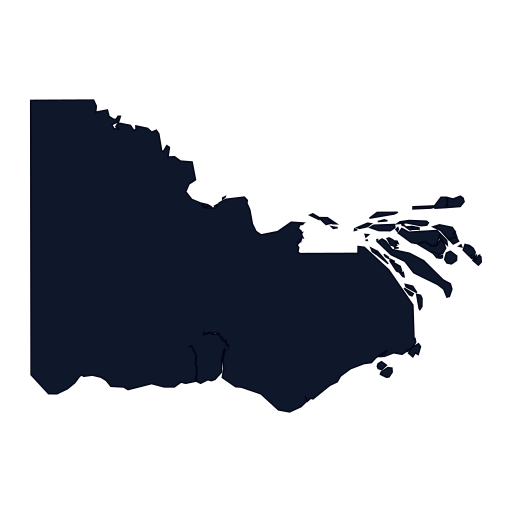 South Fly District, Western, Papua New Guinea
{"feature_id": "67681753B32450151371022", "entity_name": "South Fly District", "entity_type": "district", "adm_level": 2, "iso_a3": "PNG", "parent_name": "Papua New Guinea", "parent_adm1": "Western", "projection": "natural_earth1", "projection_center": [142.961, -8.494], "detail": "fine", "context": "isolated", "style": "filled", "palette": "ink", "viewbox_px": 512, "rotation_deg": 0, "n_neighbors": 0, "source": "geoboundaries", "source_scale": "gbopen_adm2", "svg_char_len": 6169}
<svg xmlns="http://www.w3.org/2000/svg" viewBox="0 0 512 512"><path d="M298.2,228.6L299.9,224.9L298.9,225.3L303.4,223.0L291.2,222.2L277.7,231.6L261.1,234.9L256.0,231.4L252.4,224.0L249.8,209.8L246.9,203.2L247.3,200.3L244.3,197.1L225.9,199.3L219.4,202.8L215.7,207.9L206.4,208.0L203.7,207.2L202.8,206.3L201.5,203.4L191.7,199.4L185.7,191.7L189.0,184.0L195.5,179.8L192.1,162.0L180.5,161.1L174.5,156.7L168.0,157.1L169.4,147.4L166.8,145.6L163.4,151.5L161.7,151.0L158.8,133.8L156.3,130.2L151.7,132.2L147.6,128.4L135.9,125.9L136.0,129.3L133.9,130.6L130.4,125.4L118.1,123.0L115.8,126.8L120.1,129.3L114.0,128.7L111.8,124.7L118.8,121.3L120.4,116.3L118.2,116.2L115.9,119.5L113.6,119.3L109.0,116.4L107.4,110.0L95.7,112.2L96.3,106.1L93.6,100.1L30.7,100.4L31.1,374.8L48.6,393.7L57.0,393.8L67.5,388.7L74.7,382.8L79.8,376.0L82.4,374.9L83.5,376.3L92.3,375.1L101.0,377.2L106.3,380.5L110.9,386.3L123.7,387.0L128.0,389.6L151.6,383.6L164.1,386.9L174.4,386.9L181.0,382.1L185.7,383.3L195.3,381.3L196.7,367.7L195.2,364.7L195.9,355.7L191.6,346.3L188.7,347.1L191.6,345.5L196.4,355.1L196.0,364.5L197.2,367.3L196.4,381.2L200.6,383.3L207.8,379.7L211.4,380.7L215.0,379.4L221.5,372.1L221.7,359.4L223.6,350.2L227.8,345.7L225.7,344.1L225.2,341.2L222.5,340.8L218.8,334.4L212.5,334.4L209.8,333.1L203.9,334.7L203.2,331.6L204.6,333.9L210.2,332.1L212.2,333.4L215.4,332.6L219.5,333.6L220.4,336.3L222.8,337.8L223.0,340.4L225.8,340.2L226.3,343.4L228.8,345.5L227.6,348.7L225.1,350.1L223.0,359.9L223.8,368.7L222.3,377.5L235.6,386.7L241.3,387.1L260.9,393.8L278.5,409.9L289.6,411.9L301.1,406.6L306.5,401.3L305.2,395.8L307.3,401.3L310.7,398.2L313.0,398.9L329.7,385.4L337.2,381.8L340.5,376.1L350.5,368.7L363.9,363.6L371.4,362.6L375.8,357.8L387.3,349.9L385.8,352.8L378.6,356.7L384.5,356.3L393.6,352.8L402.1,354.3L406.5,351.3L406.8,349.6L407.7,351.2L413.6,345.7L415.7,342.1L415.0,338.5L414.0,338.9L412.9,305.1L388.7,269.8L364.3,247.3L358.1,246.5L358.0,253.4L300.3,253.6L297.9,252.3L298.7,247.5L297.0,245.0L298.9,242.9L298.0,242.1L300.5,241.8L299.3,238.6L301.0,240.3L302.0,237.3L303.0,237.7L301.4,234.1L302.3,232.6L300.9,232.9L301.2,231.2L298.2,228.6ZM409.6,253.3L392.0,249.5L385.6,241.1L382.0,239.0L377.6,241.8L391.1,254.7L404.9,261.3L413.8,272.8L437.7,284.5L443.7,289.1L446.9,297.1L449.4,296.4L451.9,289.1L450.3,283.8L443.1,279.9L423.7,260.7L409.6,253.3ZM408.8,232.2L401.9,228.4L398.4,233.1L411.4,242.6L417.8,243.7L425.2,241.3L432.3,245.9L436.6,244.4L440.1,233.6L437.0,230.5L408.8,232.2ZM443.5,242.5L440.3,239.6L437.2,245.1L433.9,246.5L429.9,245.6L425.0,241.8L418.5,244.5L433.3,253.5L436.7,257.6L440.4,258.2L442.4,257.6L442.5,255.5L439.1,256.2L438.7,254.0L430.9,251.0L440.0,254.3L442.6,253.5L445.7,248.2L443.5,242.5ZM452.2,227.4L439.5,224.8L433.0,226.8L440.6,230.4L448.9,239.8L452.5,237.3L456.8,237.1L455.5,233.5L454.7,234.3L453.0,233.8L455.4,231.9L452.2,227.4ZM446.9,197.4L447.8,201.7L446.9,207.5L460.2,206.5L464.1,201.7L463.0,198.0L460.3,196.2L453.0,199.0L446.9,197.4ZM394.5,224.5L373.8,225.2L369.9,227.5L378.9,230.6L390.2,230.7L394.9,227.6L394.5,224.5ZM456.7,256.0L450.4,251.2L446.4,253.1L444.7,259.5L447.0,263.0L451.5,263.9L456.5,260.4L456.7,256.0ZM434.9,205.4L435.0,208.2L445.8,207.6L447.4,201.3L446.5,197.3L441.0,197.3L434.9,205.4ZM409.1,220.5L399.9,221.8L397.2,223.7L406.4,222.8L421.1,225.7L426.7,225.2L428.4,222.8L426.6,221.2L409.1,220.5ZM469.2,246.3L465.1,244.4L463.2,250.0L469.1,255.9L471.3,255.6L470.2,256.9L471.6,258.4L474.6,256.3L475.1,252.0L473.2,248.3L469.5,245.5L468.4,245.2L469.2,246.3ZM418.2,354.5L420.5,346.6L418.5,343.7L411.1,348.5L408.6,353.2L412.8,356.8L415.2,352.9L418.2,354.5ZM309.8,215.1L318.8,219.4L318.7,217.5L326.0,224.5L331.8,223.1L327.6,217.7L319.1,217.6L312.9,213.8L309.8,215.1ZM391.9,368.1L387.8,367.6L381.1,372.1L380.4,374.3L386.5,377.3L389.0,376.9L392.2,372.1L391.9,368.1ZM369.5,218.2L394.1,214.0L397.7,212.3L377.2,212.4L369.5,218.2ZM416.7,294.4L419.2,308.7L419.9,309.6L421.9,306.5L422.0,298.4L420.5,295.3L416.7,294.4ZM400.4,272.6L401.6,270.9L400.2,266.3L389.6,260.4L396.5,271.0L400.4,272.6ZM480.3,257.9L479.7,255.1L478.4,255.7L475.7,261.4L476.2,256.1L474.1,259.1L473.7,257.6L472.9,260.4L478.4,265.1L481.3,262.0L480.8,256.2L480.3,257.9ZM381.6,369.7L386.4,365.2L381.5,361.7L378.2,363.7L377.3,366.2L378.2,368.5L381.6,369.7ZM394.7,246.4L396.7,245.3L392.9,239.9L389.1,237.9L387.1,238.5L390.5,244.9L394.7,246.4ZM453.2,244.0L458.6,241.2L456.6,237.8L453.4,237.4L449.7,240.2L453.2,244.0ZM359.5,228.4L367.4,226.6L371.2,223.7L367.5,223.2L357.1,227.6L359.5,228.4ZM412.9,208.9L430.8,208.1L433.2,207.5L434.1,206.8L434.5,205.9L413.0,206.8L412.9,208.9ZM447.3,245.0L446.7,240.5L440.4,233.9L440.0,238.4L447.3,245.0ZM412.7,286.2L405.3,284.4L406.1,286.8L416.8,292.6L412.7,286.2ZM388.2,263.8L377.3,251.0L376.3,250.8L376.3,254.1L388.2,263.8ZM411.9,295.9L413.3,293.7L404.1,288.2L409.4,294.8L411.9,295.9ZM204.2,206.9L210.2,206.2L207.7,204.7L202.6,203.5L204.2,206.9ZM411.6,226.6L406.9,226.8L406.0,227.1L410.1,229.9L412.7,229.3L411.6,226.6ZM375.4,253.7L375.6,250.4L370.9,248.0L372.4,251.6L375.4,253.7ZM377.8,221.6L387.4,220.8L384.3,219.8L377.8,221.6ZM404.1,276.8L403.2,272.3L400.2,273.2L402.7,276.4L404.1,276.8ZM333.3,228.4L337.6,227.7L331.5,226.6L333.3,228.4ZM417.2,229.2L416.5,227.4L412.5,226.5L413.5,229.3L417.2,229.2ZM332.4,223.7L336.5,223.8L330.5,219.8L332.4,223.7ZM365.9,237.0L368.5,234.7L365.1,234.4L365.9,237.0ZM397.5,231.4L398.3,229.0L397.8,227.6L395.9,229.5L397.5,231.4ZM398.2,243.6L397.1,241.2L395.3,241.0L396.2,243.1L398.2,243.6ZM388.7,258.4L388.1,257.0L384.0,254.3L385.6,256.7L388.7,258.4ZM213.9,206.4L217.1,205.7L217.6,204.4L213.9,206.4ZM394.8,248.2L398.7,247.9L394.6,247.4L394.8,248.2ZM461.7,246.9L460.9,244.8L458.9,246.2L461.7,246.9ZM354.7,228.9L354.4,230.5L356.7,229.9L356.6,229.5L354.7,228.9ZM404.7,225.9L403.1,224.1L402.0,224.5L402.2,225.2L404.7,225.9ZM391.1,260.1L394.9,261.5L390.9,259.6L391.1,260.1ZM419.0,229.3L419.0,227.8L417.6,227.4L417.7,228.5L419.0,229.3ZM222.7,199.0L224.9,197.2L225.1,196.7L222.7,197.9L222.7,199.0ZM365.5,240.3L367.3,240.4L367.2,240.0L365.5,240.3ZM377.0,240.4L378.0,239.2L376.9,239.7L377.0,240.4ZM210.5,207.5L211.4,206.3L210.2,207.0L210.5,207.5ZM303.9,223.3L301.7,224.3L301.0,224.7L302.3,224.4L303.9,223.3Z" fill="#0f172a" stroke="#020617" stroke-width="1.5"/></svg>